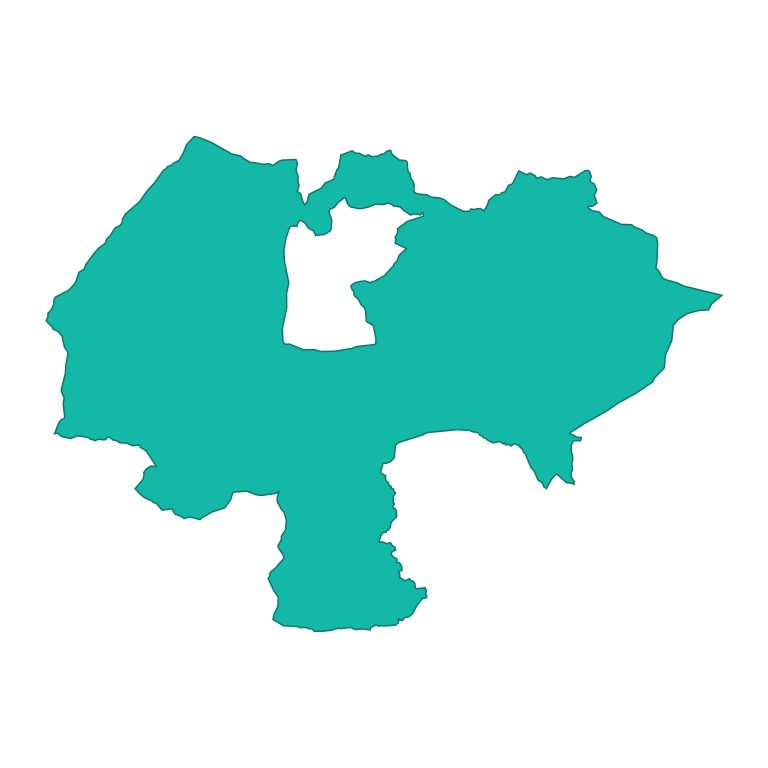 Mufindi, Iringa, United Republic of Tanzania
{"feature_id": "72390352B52349151211707", "entity_name": "Mufindi", "entity_type": "district", "adm_level": 2, "iso_a3": "TZA", "parent_name": "United Republic of Tanzania", "parent_adm1": "Iringa", "projection": "orthographic", "projection_center": [35.243, -8.57], "detail": "fine", "context": "isolated", "style": "filled", "palette": "teal", "viewbox_px": 768, "rotation_deg": 0, "n_neighbors": 0, "source": "geoboundaries", "source_scale": "gbopen_adm2", "svg_char_len": 6090}
<svg xmlns="http://www.w3.org/2000/svg" viewBox="0 0 768 768"><path d="M194.2,136.5L186.5,144.7L183.3,153.0L179.1,160.3L173.1,163.4L171.7,165.1L167.4,166.7L165.8,169.0L163.4,170.3L154.7,182.6L146.4,191.8L139.9,201.4L125.8,213.7L122.7,218.5L122.1,222.4L120.6,225.1L115.0,228.0L110.0,235.9L106.7,238.9L105.3,243.2L98.7,248.1L94.3,253.1L85.7,264.7L84.2,269.1L79.2,272.1L75.6,282.1L72.8,285.9L68.6,290.2L55.6,297.0L54.1,299.2L53.5,304.9L51.1,309.9L47.9,313.4L47.9,317.0L46.1,320.9L52.2,327.0L53.0,329.1L58.1,331.6L62.1,336.2L64.5,347.3L67.3,351.4L67.9,354.4L65.9,364.8L65.3,373.7L61.5,388.7L61.5,391.5L64.2,398.3L63.2,403.5L64.7,417.2L64.2,418.5L61.2,419.8L59.1,422.2L54.5,433.7L57.7,433.1L61.2,436.4L70.6,438.6L76.7,436.1L80.8,436.1L90.4,438.1L90.4,439.3L93.5,439.7L94.3,440.7L98.7,439.3L104.3,439.9L105.7,439.5L107.0,437.5L109.4,437.0L113.0,440.0L116.0,440.4L119.9,442.8L126.4,443.1L132.8,445.7L138.0,445.1L139.8,445.8L140.3,447.3L146.1,450.8L156.5,466.6L151.0,466.0L146.5,468.8L143.6,472.7L144.2,474.5L143.0,479.4L135.1,488.7L139.4,493.5L144.7,497.8L151.9,500.9L153.6,502.8L156.2,503.0L161.9,510.1L172.1,509.0L174.7,513.9L181.8,516.8L184.1,518.6L188.5,517.2L192.0,517.4L200.0,519.7L201.8,517.8L211.9,512.0L224.8,507.8L230.6,499.8L232.7,493.0L234.2,492.0L247.2,491.2L255.5,494.6L260.8,495.5L275.7,493.4L278.8,491.7L277.2,497.7L277.3,501.8L281.5,509.5L284.1,512.2L286.4,520.4L285.5,529.8L281.4,536.3L281.3,539.9L277.9,545.8L278.7,548.4L283.7,555.7L283.9,558.2L275.3,568.2L270.6,572.0L269.5,574.2L269.8,576.2L268.2,578.5L273.6,590.3L278.3,597.0L277.9,606.4L273.9,614.4L273.0,619.5L283.4,625.8L296.9,626.4L300.2,627.7L305.7,627.4L309.1,628.8L312.0,628.9L314.4,631.2L320.0,631.5L331.2,630.3L338.4,628.2L342.3,628.5L350.4,627.4L355.4,629.6L362.1,628.9L370.3,629.9L370.7,627.5L375.8,625.0L379.5,626.3L380.6,625.5L384.1,626.0L395.7,625.1L398.3,622.9L398.8,620.8L397.8,619.8L398.6,618.8L400.4,620.2L402.6,620.4L404.9,617.5L408.7,616.9L410.5,615.7L412.7,613.4L417.4,604.7L422.5,598.6L426.6,597.7L426.7,595.5L425.4,594.1L426.5,591.0L425.1,587.8L416.5,588.7L415.3,588.1L414.8,583.3L412.8,581.0L411.1,580.9L409.5,578.7L404.9,580.9L399.9,577.5L399.7,573.9L398.4,571.7L401.9,570.5L401.6,565.6L399.2,562.7L396.7,562.0L397.0,559.0L392.6,556.5L391.2,553.8L392.2,551.6L395.7,550.2L394.8,547.1L392.5,545.8L390.4,542.6L387.4,543.7L381.9,541.9L379.4,542.0L379.1,541.2L381.3,534.7L383.3,532.5L386.1,532.2L386.8,530.3L388.7,529.8L390.2,527.4L391.1,522.4L396.7,516.7L396.3,510.4L394.8,508.4L393.5,508.6L392.9,507.6L393.0,505.9L394.4,504.3L394.0,503.1L392.5,502.7L393.6,500.2L392.9,497.3L395.6,492.8L393.7,491.2L393.7,489.1L391.3,488.2L391.3,486.7L389.2,485.4L388.2,482.4L385.7,480.6L385.5,475.6L381.1,473.3L380.6,472.1L383.1,463.1L386.1,463.4L390.5,461.7L394.3,457.7L395.4,445.6L396.8,444.0L399.3,442.3L422.8,434.8L427.2,432.6L457.9,429.6L470.7,430.6L471.6,431.6L477.9,432.5L479.9,435.2L482.2,436.1L483.6,437.8L485.6,438.1L487.4,440.0L493.1,442.9L500.0,441.6L503.4,443.9L504.7,442.9L505.5,444.8L509.3,444.5L510.8,446.0L514.7,443.7L519.5,445.8L519.9,447.2L522.2,449.0L523.8,452.7L525.1,453.3L530.9,467.5L534.2,470.9L537.9,479.9L542.6,483.2L543.7,486.6L546.4,488.6L551.4,479.5L556.4,473.7L566.6,482.7L572.6,483.4L574.6,484.9L573.7,482.9L574.3,481.4L571.9,478.4L570.9,474.7L571.3,471.7L572.5,470.5L571.8,463.1L572.8,460.0L572.3,454.1L571.2,452.4L571.2,445.1L573.6,440.7L580.4,440.7L581.3,438.3L581.2,437.5L577.3,437.3L569.4,433.2L584.2,423.7L606.0,411.4L619.4,402.4L636.6,392.8L652.8,381.8L654.3,378.2L664.4,367.8L665.2,355.6L671.8,340.6L673.2,325.7L678.3,319.4L687.4,313.5L699.2,310.4L708.4,309.9L711.7,303.8L721.9,295.3L684.1,286.2L677.5,283.0L665.4,279.6L662.3,277.6L659.5,272.0L655.8,267.7L656.9,262.2L657.7,243.0L656.7,237.7L653.1,235.2L646.4,233.2L642.1,230.0L634.1,226.8L631.5,224.7L621.4,224.4L604.0,216.8L599.1,211.9L592.4,210.8L588.0,207.7L588.0,206.5L593.1,206.0L597.0,203.0L594.3,195.2L596.7,190.0L594.3,184.0L590.9,182.0L589.8,180.3L591.3,176.5L589.5,171.4L588.3,170.5L585.1,170.6L574.6,177.3L569.7,176.4L564.2,178.8L552.5,177.8L547.1,179.7L541.4,176.9L536.7,178.3L535.4,176.0L531.4,173.5L529.5,173.1L526.6,174.8L518.8,170.9L512.9,183.0L511.2,184.6L508.7,185.1L505.2,191.7L501.2,193.1L499.7,194.9L495.8,194.5L488.7,200.4L487.5,204.9L484.1,210.8L480.4,208.6L477.9,208.6L474.4,209.5L470.7,209.0L469.2,211.4L463.0,211.2L450.7,204.9L444.3,199.6L439.5,198.0L430.9,197.1L427.0,194.8L417.4,193.9L414.6,192.4L413.6,189.8L414.4,185.1L412.5,180.3L410.8,178.3L409.9,173.3L407.9,171.1L407.1,162.0L405.6,160.6L399.3,160.0L392.2,154.5L390.6,150.4L387.3,151.0L383.7,154.0L381.7,154.0L378.0,156.1L371.4,156.6L368.6,154.9L364.7,156.1L359.2,153.3L355.6,153.2L352.2,150.8L340.9,155.1L338.6,167.7L336.8,169.9L333.5,179.5L325.2,183.0L321.2,188.3L309.1,194.2L306.9,202.2L304.6,204.8L302.3,200.3L300.8,193.9L297.4,191.4L299.0,185.4L297.8,180.0L298.3,176.9L296.1,170.5L297.4,163.0L295.9,159.5L282.6,160.1L279.8,160.8L272.9,165.4L269.0,163.7L263.1,164.3L253.0,162.4L251.0,162.8L243.4,158.4L240.8,156.0L231.9,154.0L211.5,142.5L199.9,137.8L194.2,136.5ZM350.5,206.9L359.9,208.8L367.8,207.3L375.4,204.2L383.3,204.6L387.6,203.2L391.0,203.9L393.4,206.0L400.2,206.9L403.7,210.4L410.6,215.0L415.5,213.8L420.6,214.9L423.0,212.5L423.5,213.9L423.3,216.3L407.6,221.3L397.5,228.7L397.9,232.4L395.6,236.2L395.3,238.6L396.1,238.6L395.2,243.3L406.4,248.5L399.5,254.9L396.9,261.1L393.8,264.3L393.5,265.8L384.4,275.6L374.6,281.1L369.8,282.6L365.2,280.9L361.8,281.2L355.1,282.7L350.9,285.6L351.8,289.2L353.9,291.8L354.1,295.5L358.5,299.5L360.9,304.4L364.1,307.4L365.6,310.8L366.4,321.5L373.4,325.8L375.9,338.7L375.9,343.5L374.2,344.6L356.4,346.6L351.9,348.5L334.5,351.2L320.2,351.5L314.8,349.6L303.5,349.8L289.2,344.0L285.1,344.3L283.0,341.7L282.3,329.0L286.7,307.7L286.6,293.3L288.8,282.7L284.6,262.3L283.8,250.3L285.9,238.3L289.7,227.4L291.7,225.9L296.9,226.4L298.2,222.0L300.2,220.4L301.2,220.6L305.0,223.0L308.2,228.0L313.3,230.8L315.6,235.5L324.7,234.3L330.5,230.8L331.3,227.9L331.7,220.1L329.0,211.9L329.6,209.5L334.5,207.2L338.1,202.6L344.1,197.8L345.4,198.2L348.2,204.9L350.5,206.9Z" fill="#14b8a6" stroke="#0f766e" stroke-width="1.5"/></svg>